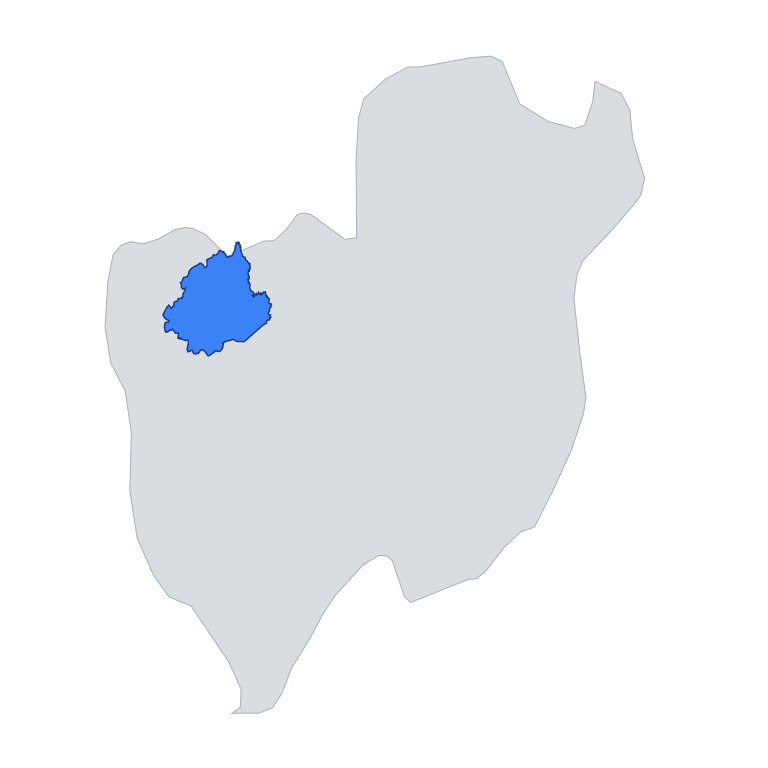 Ngoma, Eastern, Rwanda shown in context, rotated 176°
{"feature_id": "39286606B28964371534134", "entity_name": "Ngoma", "entity_type": "district", "adm_level": 2, "iso_a3": "RWA", "parent_name": "Rwanda", "parent_adm1": "Eastern", "projection": "equal_earth", "projection_center": [30.488, -2.198], "detail": "fine", "context": "in_parent", "style": "filled", "palette": "blue", "viewbox_px": 768, "rotation_deg": 176, "n_neighbors": 0, "source": "geoboundaries", "source_scale": "gbopen_adm2", "svg_char_len": 7126}
<svg xmlns="http://www.w3.org/2000/svg" viewBox="0 0 768 768"><g transform="rotate(176 384 384)"><path d="M305.1,183.4L314.0,183.1L372.6,164.2L378.4,170.1L387.9,206.8L392.9,212.1L401.1,213.4L417.5,205.0L447.7,176.3L460.8,158.9L476.3,134.4L496.2,106.8L507.2,82.7L518.0,68.7L532.1,64.4L547.8,65.5L558.7,66.0L549.8,71.7L547.9,89.4L558.2,117.6L591.9,175.9L613.3,186.6L627.3,209.3L641.0,247.5L645.0,295.4L639.4,352.9L642.7,395.6L655.1,423.7L658.3,460.0L652.5,504.7L645.3,531.5L636.9,540.3L627.3,543.6L614.4,540.6L598.6,544.4L581.4,552.8L570.6,554.0L563.8,552.4L551.2,545.2L531.1,522.1L493.8,534.9L483.6,534.6L469.9,545.6L458.8,559.1L452.0,560.1L445.1,558.2L412.9,531.0L401.1,531.9L396.3,608.4L390.9,650.9L384.3,669.8L361.3,688.1L338.1,698.5L325.4,697.8L274.4,703.5L254.5,703.6L243.5,697.3L229.1,653.9L202.1,634.6L176.1,625.6L165.6,628.1L156.2,650.8L152.3,671.2L127.1,657.2L119.6,640.0L118.9,610.9L109.7,571.1L114.8,554.1L124.6,543.1L145.5,522.1L177.3,492.9L184.1,479.0L188.6,455.8L186.5,401.9L183.5,356.4L187.2,340.2L201.7,305.0L221.2,269.0L243.8,230.9L257.5,227.2L275.5,212.8L294.4,191.4L305.1,183.4Z" fill="#d9dde1" stroke="#a8b0b8" stroke-width="1"/><path d="M493.6,456.1L493.5,456.9L492.5,458.1L493.4,458.0L493.3,458.3L493.0,458.8L492.9,459.8L492.5,460.8L493.3,460.6L493.6,460.8L494.6,462.3L494.3,463.4L493.3,464.3L492.8,466.9L492.7,467.8L492.6,468.0L491.6,468.3L491.2,469.8L490.7,471.1L490.8,471.3L491.0,471.0L491.5,471.8L492.8,472.4L493.3,472.8L493.4,473.1L493.4,473.6L493.0,474.2L493.2,474.8L493.0,475.9L492.4,476.4L492.5,476.8L492.9,477.1L493.4,478.0L493.8,478.0L494.6,478.4L494.6,478.7L494.1,478.8L494.0,479.0L494.5,479.5L494.9,479.1L495.1,479.1L495.1,479.9L494.9,480.0L494.8,480.3L495.5,480.5L495.6,480.8L495.7,481.2L495.7,483.0L495.9,484.1L496.0,484.2L496.4,484.0L497.3,484.1L497.1,483.8L497.4,483.3L497.5,483.3L497.8,483.8L498.1,483.6L498.3,482.8L499.9,481.9L500.0,482.2L499.6,482.4L499.6,482.6L499.8,483.0L500.1,483.2L500.3,483.1L500.7,482.0L500.8,482.4L500.8,483.3L501.0,483.3L501.0,482.6L501.1,482.3L501.3,482.2L501.8,482.4L502.0,483.1L502.8,483.0L502.9,483.5L503.2,482.6L503.7,482.1L504.1,482.4L503.9,483.0L504.3,483.2L504.5,482.2L505.0,481.8L505.4,482.7L505.5,482.8L506.4,482.5L506.8,481.3L507.7,480.1L507.9,480.1L508.2,480.9L508.7,480.6L508.8,480.8L509.1,481.4L509.0,481.8L508.9,482.0L508.3,482.2L507.6,483.1L507.6,483.9L507.8,484.4L508.5,484.8L508.8,485.4L509.6,485.8L509.9,486.3L510.2,486.3L510.9,487.1L511.3,490.4L511.1,490.9L510.8,491.3L510.8,492.5L511.0,492.8L510.9,493.3L511.1,494.0L511.5,494.3L511.3,494.7L511.4,494.9L512.1,494.6L512.1,495.6L512.4,496.0L512.2,496.4L512.3,496.7L512.5,497.0L512.5,497.9L512.5,498.0L511.9,497.7L511.7,498.2L511.2,498.3L511.0,498.7L511.4,500.0L511.0,500.1L511.1,501.0L511.5,502.0L511.8,502.5L511.9,504.4L511.7,504.8L511.8,505.3L511.1,506.4L510.8,505.8L510.6,505.8L510.7,506.2L511.1,507.1L510.5,507.0L510.1,508.0L509.6,507.9L509.5,508.3L509.9,508.9L509.9,509.2L509.9,509.4L509.6,509.6L509.6,510.3L509.3,511.0L509.7,511.7L509.7,512.1L509.6,512.5L509.3,513.1L509.9,513.9L510.4,513.7L510.7,514.5L511.5,515.1L511.9,516.2L513.4,517.5L513.5,517.9L513.5,519.2L513.7,520.1L514.1,520.3L515.0,520.3L516.2,521.6L516.1,522.4L516.6,523.1L517.3,525.8L517.7,526.1L517.8,526.5L517.8,527.1L517.2,527.6L517.5,528.3L517.6,529.2L517.9,529.6L517.7,530.1L517.3,530.1L517.5,530.8L517.8,531.0L517.5,531.9L517.6,532.2L517.7,532.6L517.9,532.9L518.6,532.9L518.7,533.0L518.9,533.6L518.7,534.4L519.1,534.2L519.2,534.4L519.1,535.1L519.5,535.1L519.7,535.7L519.9,535.7L520.1,535.0L520.5,535.3L521.1,534.9L521.5,535.3L521.7,535.1L521.7,533.8L522.1,532.8L522.4,532.8L522.6,532.4L523.2,530.0L523.0,529.0L523.5,528.6L523.6,527.1L523.8,526.7L524.7,526.1L525.0,525.1L525.3,525.0L525.4,524.8L525.7,523.7L526.8,522.4L527.3,522.2L528.3,522.4L529.1,521.9L529.9,522.1L531.2,521.3L531.8,521.8L532.0,522.2L532.5,522.8L533.2,524.8L534.5,526.1L534.6,527.2L534.9,527.3L535.8,526.8L536.4,527.7L536.8,528.0L537.9,528.0L538.9,528.5L539.6,527.9L540.5,525.8L541.4,525.4L542.3,524.5L544.3,524.2L545.0,524.9L546.9,522.1L551.9,520.5L551.9,519.6L552.2,518.6L551.9,515.5L552.3,514.8L552.2,514.5L552.9,513.8L553.5,512.7L554.5,512.7L555.1,513.2L555.4,513.6L555.6,514.6L556.1,515.5L556.5,515.9L557.6,516.6L558.0,516.7L558.1,517.1L558.7,517.3L558.9,517.1L559.4,517.3L560.2,516.9L560.4,516.4L561.3,515.7L561.8,515.8L562.2,515.5L562.8,515.5L563.5,514.7L564.8,514.6L568.2,512.6L568.6,512.3L569.1,511.6L569.3,511.7L569.2,511.7L569.4,511.3L570.1,510.5L570.8,509.3L571.5,506.8L572.5,505.1L573.2,504.7L575.6,504.2L576.2,504.3L576.5,504.0L576.9,503.6L577.5,502.5L577.7,501.5L578.0,501.1L578.1,500.8L579.1,499.6L579.9,499.3L579.3,497.6L579.4,495.3L579.2,494.3L579.0,493.8L578.6,493.5L578.2,492.7L577.6,492.7L577.3,493.0L576.3,493.2L575.8,493.1L575.3,493.4L576.2,490.8L576.8,489.9L577.6,489.1L578.1,488.0L578.7,484.9L578.7,484.2L579.1,484.1L579.3,484.4L579.8,484.2L579.8,484.4L580.1,484.2L580.2,483.9L580.8,483.5L583.1,483.6L583.5,483.5L583.6,482.2L584.0,481.9L584.1,481.5L584.6,481.5L584.9,481.0L585.4,480.8L586.3,480.9L586.8,480.5L587.5,480.5L587.7,480.1L588.2,478.1L588.2,476.6L588.3,476.0L589.4,476.1L589.6,475.3L590.3,474.9L590.8,474.3L591.0,474.4L591.2,475.2L593.2,477.7L594.1,476.5L595.3,475.9L596.2,474.1L599.1,469.5L599.7,468.2L599.4,467.8L599.2,467.2L598.8,466.9L598.7,465.9L598.3,465.4L598.1,465.4L598.0,465.2L597.8,465.0L597.5,464.4L596.7,463.7L594.5,462.7L594.0,461.8L594.5,461.6L594.4,461.3L594.7,461.2L594.7,460.9L595.2,460.7L596.4,460.8L597.9,460.4L598.1,459.7L598.5,459.4L598.7,458.6L599.0,455.6L598.7,452.8L598.3,451.1L597.4,450.9L596.8,451.2L596.9,451.4L596.5,451.2L596.2,451.3L595.8,451.3L595.0,451.8L594.6,452.3L593.9,452.7L593.2,452.7L592.4,452.8L592.2,452.6L591.7,453.2L590.9,453.3L590.3,452.3L589.9,451.3L588.7,449.8L588.5,449.2L585.7,449.3L585.6,447.4L585.9,446.9L586.1,446.3L586.1,445.5L586.4,444.3L586.1,444.2L585.7,443.6L585.3,443.4L585.0,444.7L583.9,444.2L583.7,443.9L583.4,442.8L582.4,443.0L582.2,442.7L581.0,442.1L580.2,442.1L580.0,441.9L579.6,441.2L578.6,441.2L577.7,441.5L576.7,441.3L576.2,439.7L576.4,437.5L577.0,436.2L577.3,434.8L577.6,433.9L578.0,431.8L577.5,429.9L576.6,429.8L576.1,430.3L575.6,430.1L574.7,430.4L574.3,431.0L572.8,431.0L572.3,430.5L572.6,429.5L572.2,429.0L571.9,427.9L570.8,427.1L570.5,427.2L569.6,427.1L568.5,427.3L568.2,427.7L567.7,427.5L567.1,427.5L566.6,428.3L566.1,428.4L565.5,429.7L564.7,430.1L563.9,430.9L563.6,430.8L563.5,430.7L562.5,430.6L561.7,430.1L561.0,429.4L560.4,429.0L560.2,428.4L559.6,427.9L558.8,426.4L558.4,425.3L557.9,424.7L556.7,424.2L552.6,426.9L551.4,427.2L550.0,429.0L547.0,427.9L545.6,428.0L544.6,428.7L543.5,429.6L542.3,431.7L542.0,432.8L541.9,433.8L541.5,435.2L541.7,435.7L541.6,436.3L541.4,436.2L539.3,437.2L539.1,437.5L538.4,437.8L534.7,438.1L532.8,438.8L531.9,439.0L531.3,438.9L530.1,438.4L529.0,437.4L527.4,436.6L523.8,436.4L521.2,436.0L520.2,436.2L516.4,439.1L515.9,439.6L512.1,442.4L511.3,443.1L510.1,443.9L509.7,444.4L506.8,446.4L505.9,447.2L505.2,447.6L500.9,451.0L499.8,451.7L497.1,452.7L496.9,452.9L496.9,453.2L496.8,454.9L496.4,455.5L495.7,455.5L495.3,456.0L495.0,455.8L494.8,455.8L493.6,456.1Z" fill="#3b82f6" stroke="#1e3a8a" stroke-width="1.5"/></g></svg>